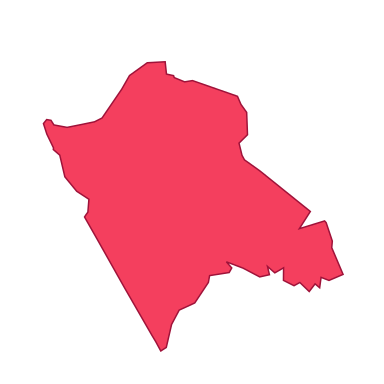 Asan, Guam (Robinson projection), rotated 338°
{"feature_id": "77769853B60030225466541", "entity_name": "Asan", "entity_type": "district", "adm_level": 2, "iso_a3": "GUM", "parent_name": "Guam", "parent_adm1": "", "projection": "robinson", "projection_center": [144.726, 13.457], "detail": "fine", "context": "isolated", "style": "filled", "palette": "rose", "viewbox_px": 384, "rotation_deg": 338, "n_neighbors": 0, "source": "geoboundaries", "source_scale": "gbopen_adm2", "svg_char_len": 1009}
<svg xmlns="http://www.w3.org/2000/svg" viewBox="0 0 384 384"><g transform="rotate(338 192 192)"><path d="M198.9,55.4L177.7,60.6L167.7,68.5L165.3,70.4L136.3,89.7L127.9,90.4L114.7,88.0L100.4,85.3L89.1,78.1L88.1,72.7L84.4,70.4L79.9,72.9L79.1,83.9L80.1,99.2L79.3,100.7L83.2,108.3L79.8,130.3L85.4,148.2L93.7,160.1L87.9,171.7L85.3,173.3L83.0,174.9L86.4,200.3L93.6,255.8L95.8,271.6L101.2,310.2L102.3,317.1L103.5,327.7L109.9,326.5L123.5,307.1L135.9,296.7L153.0,295.9L173.3,282.0L177.0,276.1L196.3,280.6L200.4,277.3L197.7,269.6L210.8,281.7L223.0,296.1L232.8,297.7L234.1,289.3L238.5,298.0L248.5,296.6L243.7,308.2L251.5,317.1L258.1,316.3L263.4,328.2L271.7,323.3L274.5,328.6L279.7,319.5L285.9,325.3L301.2,325.0L300.7,296.0L303.7,290.1L304.9,270.7L304.1,268.5L277.8,266.2L294.4,254.4L262.8,197.8L252.7,181.9L252.1,176.7L253.9,164.3L264.9,159.7L272.5,138.7L270.2,129.1L270.0,120.3L234.2,88.9L226.4,87.1L218.4,79.3L218.5,77.2L212.5,73.1L215.9,61.2L198.9,55.4Z" fill="#f43f5e" stroke="#9f1239" stroke-width="1.5"/></g></svg>